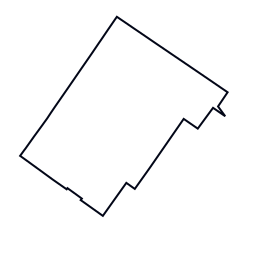 the district of Humboldt, Nevada, United States of America, rotated 305°
{"feature_id": "52423323B95126953057941", "entity_name": "Humboldt", "entity_type": "district", "adm_level": 2, "iso_a3": "USA", "parent_name": "United States of America", "parent_adm1": "Nevada", "projection": "albers", "projection_center": [-118.177, 41.263], "detail": "fine", "context": "isolated", "style": "outline", "palette": "ink", "viewbox_px": 256, "rotation_deg": 305, "n_neighbors": 0, "source": "geoboundaries", "source_scale": "gbopen_adm2", "svg_char_len": 637}
<svg xmlns="http://www.w3.org/2000/svg" viewBox="0 0 256 256"><g transform="rotate(305 128 128)"><path d="M126.1,55.9L103.8,56.0L96.4,56.1L89.4,56.3L83.6,56.2L82.1,56.2L67.1,55.9L51.8,55.8L50.1,55.7L48.7,55.7L43.3,55.6L43.1,69.2L42.6,95.5L42.6,112.9L44.0,112.9L43.7,130.7L41.8,130.6L41.6,157.8L43.1,157.8L82.1,158.1L82.0,168.5L108.1,168.7L167.4,168.4L167.5,185.5L193.3,186.1L193.4,200.9L197.3,189.4L214.4,189.1L214.0,153.8L213.3,104.5L212.7,55.1L212.1,55.1L211.0,55.1L210.0,55.1L209.0,55.1L199.5,55.2L198.0,55.2L184.4,55.4L181.5,55.4L168.2,55.6L149.9,55.7L126.1,55.9L126.1,55.9Z" fill="none" stroke="#020617" stroke-width="2"/></g></svg>